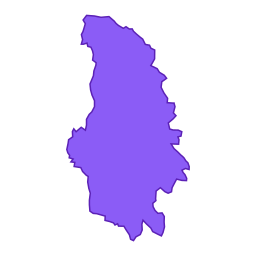 Giolou, Paphos, Cyprus
{"feature_id": "46923920B14878723805289", "entity_name": "Giolou", "entity_type": "district", "adm_level": 2, "iso_a3": "CYP", "parent_name": "Cyprus", "parent_adm1": "Paphos", "projection": "orthographic", "projection_center": [32.479, 34.929], "detail": "fine", "context": "isolated", "style": "filled", "palette": "violet", "viewbox_px": 256, "rotation_deg": 0, "n_neighbors": 0, "source": "geoboundaries", "source_scale": "gbopen_adm2", "svg_char_len": 2001}
<svg xmlns="http://www.w3.org/2000/svg" viewBox="0 0 256 256"><path d="M81.4,34.6L82.6,39.6L81.3,44.2L83.4,44.2L87.0,43.1L87.8,46.4L90.9,47.2L92.5,50.8L93.4,54.6L92.6,60.1L96.1,62.7L95.9,65.2L93.9,71.0L93.4,75.8L90.0,84.0L90.6,89.9L92.0,95.0L94.5,100.7L94.5,106.7L91.8,111.9L89.2,114.4L86.5,119.3L86.5,125.1L85.4,130.2L81.2,127.3L76.1,131.7L73.8,128.8L72.4,131.6L72.7,136.8L68.6,139.7L68.1,143.3L66.8,149.5L67.8,152.8L69.6,155.3L69.2,157.8L73.1,159.0L70.9,161.9L74.8,162.4L74.1,166.5L80.8,167.6L82.6,171.5L86.2,175.2L88.2,176.4L87.7,182.0L88.8,188.3L90.3,193.2L89.4,200.2L89.4,204.8L89.9,211.1L93.2,213.4L96.8,213.7L100.3,214.7L105.2,216.1L105.0,220.4L109.6,221.5L113.5,222.9L115.0,225.0L115.3,224.8L117.6,223.8L118.5,226.1L122.3,226.2L123.9,226.2L126.2,230.0L129.4,234.8L130.6,239.3L133.5,240.6L136.0,236.8L140.3,234.5L142.2,230.0L141.9,224.1L143.0,220.2L146.3,223.8L150.8,228.0L152.7,231.6L157.8,234.2L161.4,235.9L163.0,232.5L164.5,226.9L164.1,222.0L164.3,216.5L163.5,215.2L162.1,212.9L157.9,213.3L155.0,210.4L153.1,206.7L152.8,203.3L155.9,200.6L155.6,198.8L156.1,191.0L160.4,187.7L164.9,191.7L168.1,193.2L171.5,191.8L172.1,187.7L173.9,184.2L176.6,179.1L181.8,180.4L186.5,180.6L186.7,178.4L185.0,174.7L183.1,172.5L182.0,170.2L185.4,168.5L189.1,169.5L189.2,166.6L187.9,162.8L185.8,160.8L184.0,157.9L182.5,156.4L180.7,154.9L177.7,151.9L174.0,148.6L171.1,143.9L178.6,144.2L179.0,139.7L177.9,136.9L181.0,136.1L181.8,131.7L178.2,130.1L173.1,130.0L169.7,129.0L168.3,122.9L173.1,118.9L176.0,115.7L173.4,112.9L175.0,106.7L174.0,103.0L173.4,103.1L167.2,102.7L167.6,98.3L163.9,92.9L161.1,87.3L161.8,81.7L164.0,80.2L166.6,78.3L164.2,75.2L159.4,72.3L157.2,68.7L150.8,65.6L152.5,62.7L154.6,58.9L154.7,50.0L150.9,48.2L149.5,45.2L145.3,44.4L142.7,39.1L139.7,36.8L136.4,34.0L133.5,31.3L132.2,28.9L129.3,29.0L126.0,26.7L123.3,28.3L118.5,25.5L116.1,23.5L114.2,21.1L109.0,16.6L101.0,17.3L94.5,16.0L86.6,15.4L83.1,20.0L85.3,23.7L84.0,28.2L83.0,31.5L81.4,34.6Z" fill="#8b5cf6" stroke="#5b21b6" stroke-width="1.5"/></svg>